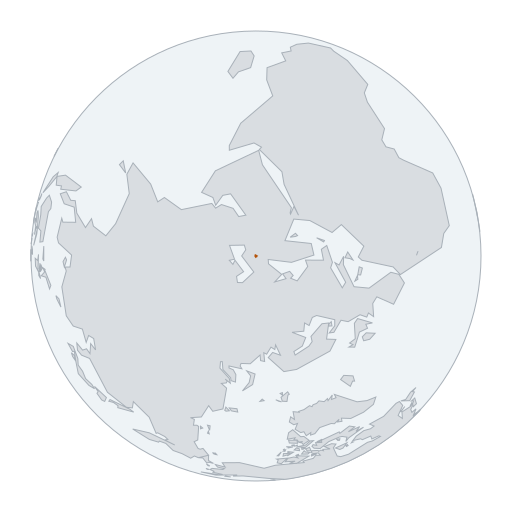 the Earth from above Gədəbəy, rotated 177°
{"feature_id": "AZE-1678", "entity_name": "Gədəbəy", "entity_type": "District", "adm_level": 1, "iso_a3": "AZE", "parent_name": "Azerbaijan", "parent_adm1": "", "projection": "orthographic", "projection_center": [45.628, 40.56], "detail": "fine", "context": "on_globe", "style": "filled", "palette": "amber", "viewbox_px": 512, "rotation_deg": 177, "n_neighbors": 0, "source": "natural_earth", "source_scale": "10m", "svg_char_len": 10978}
<svg xmlns="http://www.w3.org/2000/svg" viewBox="0 0 512 512"><g transform="rotate(177 256 256)"><circle cx="256" cy="256" r="225" fill="#eef3f6" stroke="#a8b0b8"/><path d="M226.3,32.7L226.5,32.7L234.2,31.8L238.8,31.5L255.4,33.3L280.2,37.0L290.4,37.4L286.3,38.3L307.4,39.3L322.4,43.3L303.9,39.4L300.8,39.6L310.3,42.3L309.2,43.2L313.1,45.2L310.9,46.2L300.3,44.5L298.7,45.3L305.4,47.2L307.5,49.9L297.8,46.8L300.5,51.3L283.2,50.5L259.0,43.6L247.8,46.0L218.7,47.2L219.8,48.7L209.4,50.9L206.8,53.8L202.2,53.7L204.1,56.1L208.9,55.7L211.3,56.8L210.2,58.6L204.1,58.6L203.7,57.7L201.4,58.7L198.8,58.0L199.4,59.4L192.1,59.5L197.7,62.1L190.4,64.6L186.0,64.0L188.8,60.4L185.4,52.0L181.8,51.2L174.0,53.2L154.4,64.1L149.5,65.2L141.2,69.3L142.8,70.0L149.9,67.2L150.8,70.2L159.4,67.0L161.1,68.0L169.0,66.6L165.3,70.9L157.4,76.0L150.6,77.5L147.0,80.0L151.4,82.2L136.9,89.2L123.9,101.5L120.4,103.2L117.3,99.1L122.4,89.3L118.3,86.1L118.4,92.6L109.7,97.6L107.2,100.5L106.2,103.1L108.4,103.0L104.9,105.9L103.5,100.1L106.7,97.3L107.1,99.0L109.5,94.7L108.5,91.7L104.2,95.0L107.2,88.7L104.2,91.1L103.1,91.4L107.8,87.8L99.5,94.5L100.8,92.7L114.1,81.0L128.2,70.5L143.2,61.0L158.8,52.8L175.0,45.8L191.8,40.1L208.9,35.7L226.3,32.7ZM31.1,268.6L31.7,275.8L34.6,295.5L36.4,306.0L36.5,306.6L33.0,287.7L31.1,268.6ZM234.7,31.7L241.1,31.3L234.4,31.8L229.6,32.3L234.7,31.7ZM253.4,31.4L250.0,31.6L248.3,31.1L250.8,31.1L253.4,31.4ZM298.0,37.8L292.8,36.7L298.3,37.6L298.0,37.8ZM314.0,45.3L315.8,45.5L317.1,46.5L314.0,45.3ZM170.5,64.5L169.7,65.5L168.6,65.2L170.5,64.5ZM174.6,63.0L173.9,61.9L175.7,61.0L176.1,61.8L174.6,63.0ZM314.9,49.1L316.4,51.0L313.1,48.7L314.9,49.1ZM175.0,64.7L179.1,59.7L182.4,58.4L186.7,60.1L175.0,64.7ZM316.0,51.9L319.7,57.1L324.1,57.6L313.8,59.5L314.1,54.2L309.3,51.1L313.9,52.5L316.0,51.9ZM210.9,54.8L205.7,55.3L211.0,53.4L210.9,54.8ZM213.6,53.4L226.4,46.7L233.4,47.2L227.7,49.1L237.6,48.9L234.7,52.3L228.7,53.3L224.7,52.2L226.6,54.4L213.6,53.4ZM307.5,60.0L306.8,61.2L305.5,59.6L307.5,60.0ZM212.7,57.0L214.6,55.5L220.9,55.8L218.1,59.0L217.0,57.8L212.7,57.0ZM241.6,47.3L245.7,48.3L244.5,51.3L246.0,52.1L235.3,52.5L241.6,47.3ZM215.0,58.7L216.5,60.6L212.6,62.2L211.2,58.6L215.0,58.7ZM223.6,54.6L226.5,54.9L224.0,55.7L223.6,54.6ZM199.5,69.6L201.7,67.4L205.1,67.3L199.5,69.6ZM217.4,61.3L218.7,60.7L220.3,60.5L220.5,62.2L217.4,61.3ZM235.2,54.7L233.9,55.9L239.5,54.7L238.9,57.2L231.8,57.1L234.6,58.2L234.4,59.0L228.9,58.1L235.2,54.7ZM225.4,63.3L216.3,64.6L211.5,68.5L208.3,68.6L216.6,62.3L225.4,63.3ZM228.0,60.3L225.7,62.2L222.9,61.2L222.7,59.3L228.0,60.3ZM241.0,59.0L243.8,55.2L245.2,55.4L241.0,59.0ZM224.6,64.6L226.8,64.3L224.6,65.0L224.6,64.6ZM236.6,60.9L237.3,59.4L239.0,59.7L236.6,60.9ZM230.6,65.1L227.7,65.4L227.4,64.1L230.6,65.1ZM233.8,63.3L235.8,64.0L229.1,63.4L233.9,62.6L233.8,63.3ZM238.0,61.3L239.2,61.0L237.4,61.9L238.0,61.3ZM233.1,70.3L224.8,69.9L224.3,66.8L232.5,67.5L233.1,70.3ZM67.7,314.1L61.4,276.2L67.3,268.7L70.4,254.8L112.8,229.9L119.6,237.9L150.4,246.2L153.9,249.7L147.8,260.2L169.1,282.9L178.8,275.5L200.4,288.6L216.3,290.9L226.3,269.8L200.2,265.6L198.1,253.9L220.9,247.8L244.0,251.9L243.9,247.5L231.3,236.3L238.7,229.1L227.2,231.8L230.3,236.8L223.2,238.9L219.9,234.6L222.6,232.0L216.2,229.0L204.9,242.8L206.8,249.3L188.8,248.3L190.4,259.3L184.8,262.8L180.0,245.7L182.1,240.3L171.5,219.7L167.8,225.1L177.5,245.2L173.5,242.7L168.5,251.1L169.2,242.8L159.7,220.2L144.8,218.0L122.2,232.7L114.3,230.2L109.2,221.3L121.1,200.6L137.5,208.9L141.9,202.5L141.7,189.3L146.7,193.2L148.6,189.2L155.2,191.9L167.4,185.6L174.5,187.4L182.2,175.7L186.9,175.3L181.0,182.2L180.7,188.3L198.6,193.4L203.0,191.7L206.6,183.8L211.0,186.6L212.2,178.4L224.0,177.9L210.6,172.0L214.5,163.6L223.2,158.6L222.1,155.0L207.9,163.2L204.4,167.6L205.3,172.8L193.7,184.9L186.9,185.3L189.9,169.3L180.6,168.5L187.1,157.2L221.4,140.6L234.2,139.1L249.1,153.9L244.4,158.8L236.7,155.6L241.1,166.2L242.1,161.6L245.8,164.2L250.5,157.4L253.3,159.0L252.9,150.2L256.9,151.3L257.1,156.9L267.4,148.7L276.6,149.5L277.6,147.0L276.0,144.1L288.7,147.6L288.8,145.6L284.7,143.6L282.3,138.6L283.1,131.2L287.4,132.8L287.7,135.7L295.0,144.4L295.2,152.3L297.0,152.3L297.9,145.9L289.1,135.1L288.3,130.3L293.2,134.7L291.3,132.7L292.3,130.8L297.3,130.6L292.3,125.6L297.0,105.0L307.3,103.2L311.1,109.0L319.0,98.1L329.9,98.0L326.1,96.1L327.3,90.3L323.9,90.1L322.2,88.8L323.8,75.3L327.5,73.8L323.9,66.8L321.9,66.0L319.0,66.6L313.8,59.5L324.1,57.6L328.0,59.5L331.8,57.5L340.2,62.5L348.9,66.1L355.9,73.6L362.2,76.2L363.0,75.2L372.1,78.4L388.2,89.7L371.8,85.0L347.0,71.5L356.8,77.1L353.6,77.4L356.5,80.5L363.5,84.6L365.0,84.1L371.1,100.6L386.1,117.0L387.4,110.8L393.3,111.7L411.5,127.7L427.5,162.4L435.4,166.1L439.2,171.3L439.5,178.5L434.1,171.1L430.1,172.2L426.9,167.2L425.7,177.2L421.1,170.6L422.4,182.1L427.3,185.4L430.1,178.6L433.2,192.1L442.2,195.6L448.6,206.2L451.5,235.3L446.3,250.9L447.2,255.0L442.3,254.7L440.1,266.6L452.5,279.4L453.6,285.2L448.0,303.9L447.1,299.9L434.3,299.1L435.0,314.3L444.8,318.2L448.2,328.4L442.0,330.1L438.1,321.3L433.6,320.7L432.7,308.2L424.8,293.3L418.3,301.9L416.8,294.3L404.9,284.0L394.5,295.6L379.3,324.9L380.7,344.4L373.9,355.4L357.4,333.3L351.3,315.2L344.4,319.2L328.1,306.2L297.4,310.8L293.8,305.9L287.8,309.2L276.4,304.8L271.2,296.3L264.0,297.3L278.1,319.4L286.0,318.3L293.6,308.8L296.0,316.7L307.0,322.4L292.1,343.2L247.8,361.4L244.8,346.7L218.1,302.4L219.6,297.6L219.6,297.0L219.3,296.0L215.5,303.6L211.4,294.5L224.2,326.1L225.7,338.8L247.1,362.2L244.8,364.4L252.1,369.0L277.1,363.0L276.9,367.7L264.3,389.4L230.9,415.0L236.1,431.3L235.1,443.5L216.1,449.3L219.7,457.5L210.2,458.9L210.8,462.7L204.2,465.3L192.5,465.9L170.6,459.8L167.7,456.5L154.5,446.4L135.4,421.5L139.3,413.2L136.7,403.8L121.0,376.5L124.3,365.4L120.5,358.2L112.4,355.6L108.2,346.7L103.5,343.9L75.2,329.7L67.7,314.1ZM95.7,248.3L94.0,252.2L94.0,252.3L95.7,248.3ZM267.1,267.5L281.9,268.0L277.6,253.9L282.9,253.1L279.5,248.8L277.2,252.9L269.2,241.0L276.5,236.7L275.9,230.5L270.9,230.1L259.0,240.1L270.3,256.8L265.9,262.7L267.1,267.5ZM109.8,97.9L109.8,98.5L108.1,101.4L107.5,100.6L109.8,97.9ZM108.8,111.9L103.1,116.3L106.8,112.4L104.9,111.9L110.1,103.5L119.0,103.7L114.0,104.9L108.8,111.9ZM119.6,93.0L115.3,97.9L119.7,92.6L119.6,93.0ZM152.9,165.7L154.1,169.7L150.0,173.5L141.1,172.6L146.8,166.9L152.9,165.7ZM156.7,174.6L162.2,159.8L168.0,160.2L163.8,162.4L167.1,164.2L161.2,168.2L161.3,183.6L157.8,188.2L143.2,183.1L149.9,182.1L148.4,178.0L156.7,174.6ZM166.1,126.0L168.6,120.9L178.0,128.2L174.6,132.2L165.4,131.2L164.1,125.9L166.1,126.0ZM181.8,69.1L182.2,67.6L183.9,67.5L185.0,68.7L181.8,69.1ZM200.3,68.6L182.1,76.0L181.6,74.5L171.6,81.3L166.3,80.2L172.9,75.7L161.4,80.2L165.3,75.7L157.6,79.4L173.0,69.5L176.0,66.1L174.6,70.3L179.4,71.3L182.4,70.8L193.1,66.8L202.0,60.4L208.1,61.0L210.1,63.0L208.9,64.6L205.3,63.7L206.3,66.5L200.1,66.4L200.3,68.6ZM229.8,93.6L226.1,90.7L227.1,98.6L221.0,97.7L221.5,98.6L216.1,100.1L210.4,103.7L207.9,102.6L206.8,104.5L203.2,105.6L200.7,108.0L195.5,107.0L192.1,109.9L191.6,107.8L187.1,113.2L188.1,108.8L183.5,110.3L185.0,113.7L162.7,105.1L152.7,105.8L143.7,108.9L146.5,101.7L156.7,94.4L169.9,88.8L179.2,89.6L178.8,86.4L183.1,86.0L181.6,88.6L186.5,84.4L189.7,84.8L201.4,81.3L206.5,75.5L210.9,74.3L210.5,76.8L215.2,73.9L217.4,78.0L220.6,77.3L226.0,80.9L223.3,86.6L227.1,85.5L231.4,88.5L229.8,93.6ZM234.4,71.4L232.7,77.8L228.4,80.6L220.8,73.2L217.6,73.3L212.6,69.1L218.8,65.3L219.7,66.8L222.0,67.4L219.1,68.3L223.1,68.0L224.4,70.1L227.9,70.5L226.4,72.4L234.4,71.4ZM159.3,246.9L162.3,248.5L167.2,249.6L164.2,255.2L159.3,246.9ZM152.5,231.6L155.4,231.9L153.5,239.8L150.4,238.4L152.5,231.6ZM158.6,225.7L155.7,231.3L155.5,227.4L158.6,225.7ZM183.8,182.2L187.1,182.2L186.8,184.2L184.3,186.5L183.8,182.2ZM231.5,118.7L230.0,116.2L231.4,115.4L232.7,109.1L237.3,109.6L238.4,113.6L231.5,118.7ZM220.9,273.0L215.4,276.6L213.4,274.2L215.7,273.4L220.9,273.0ZM187.7,266.5L194.5,271.0L186.8,267.9L187.7,266.5ZM236.8,118.2L236.8,115.5L239.1,117.5L236.8,118.2ZM240.8,109.7L243.8,111.4L238.1,109.0L240.8,109.7ZM274.4,441.8L261.2,461.0L250.3,461.0L247.4,455.9L251.5,444.4L263.9,440.8L269.7,434.7L274.4,441.8ZM468.8,325.8L470.5,322.6L470.2,323.5L468.8,325.8ZM467.3,327.3L469.5,323.0L466.5,329.7L467.3,327.3ZM470.3,321.4L472.6,315.3L473.6,312.0L473.1,314.0L470.3,321.4ZM465.5,330.3L454.3,345.8L449.2,349.7L450.9,345.5L459.1,336.5L465.5,330.3ZM450.5,345.9L442.0,346.7L426.9,334.0L432.4,330.4L447.5,332.9L446.6,336.2L451.8,337.2L450.5,345.9ZM468.8,308.3L467.9,316.7L462.1,324.8L459.2,327.5L457.3,320.5L458.4,314.1L461.0,311.1L468.1,281.5L471.1,281.2L469.5,292.3L471.8,295.2L468.8,308.3ZM381.8,345.7L387.6,354.4L383.6,358.0L381.8,345.7ZM469.0,264.2L467.4,277.0L468.2,262.1L469.0,264.2ZM468.2,251.8L469.3,255.3L467.3,253.7L468.2,251.8ZM449.0,260.5L446.4,264.7L445.4,262.0L448.0,255.0L449.0,260.5ZM453.5,215.2L457.1,223.4L457.9,226.9L455.0,223.5L453.5,215.2ZM276.6,122.0L269.5,129.9L267.6,136.6L271.3,141.8L263.1,138.2L266.1,127.8L276.6,122.0ZM294.0,106.7L290.7,102.8L294.1,102.6L295.3,103.5L294.0,106.7ZM290.7,105.7L283.0,104.5L282.4,101.1L288.6,102.6L290.7,105.7ZM259.7,110.6L257.3,112.8L255.5,111.1L259.7,110.6ZM448.0,373.9L449.2,371.9L452.6,366.0L448.0,373.9ZM472.7,316.8L475.7,305.5L476.5,301.9L472.7,316.8ZM480.5,274.5L480.6,273.7L481.0,267.5L480.4,271.8L481.2,262.5L481.2,263.6L480.5,274.5ZM478.4,287.3L478.2,289.6L477.8,290.0L478.4,287.3ZM479.1,283.6L480.0,279.7L478.8,285.8L479.1,283.6ZM473.1,294.3L473.8,297.3L476.1,289.0L474.4,297.4L475.2,301.5L474.4,305.6L473.7,300.9L472.4,310.7L471.3,312.9L471.3,306.8L472.8,295.4L473.8,289.4L477.5,278.2L473.1,294.3ZM479.3,277.9L478.9,273.9L479.1,269.1L479.6,270.3L479.3,277.9ZM476.6,265.3L474.3,262.9L473.1,269.0L474.5,252.6L476.7,257.5L476.6,265.3ZM473.1,254.6L472.1,260.2L472.5,251.4L473.1,254.6ZM471.3,258.9L470.1,254.8L471.5,252.7L471.3,258.9ZM473.8,253.0L472.3,244.7L473.9,247.8L473.8,253.0ZM466.9,245.8L471.5,247.5L467.3,251.8L462.4,237.4L463.9,233.9L466.9,245.8ZM445.4,169.1L442.4,165.9L442.4,162.0L444.4,165.3L445.4,169.1ZM439.6,147.8L441.4,160.0L442.4,170.4L444.2,170.2L448.3,178.6L443.2,175.3L439.3,163.0L439.3,156.4L435.2,150.0L432.6,142.5L426.7,136.4L424.2,131.9L429.6,135.5L439.6,147.8ZM424.1,134.2L412.8,122.5L414.7,118.7L417.6,120.3L422.0,127.2L420.7,128.8L424.1,134.2ZM410.6,118.7L409.3,120.3L389.9,109.5L386.3,106.5L402.0,111.8L401.6,113.7L406.0,117.2L410.6,118.7ZM309.3,61.7L307.1,61.2L308.9,60.7L309.3,61.7ZM320.3,88.9L318.2,87.0L320.4,86.3L320.3,88.9ZM313.7,81.6L312.7,83.7L312.0,80.8L313.7,81.6ZM310.7,88.8L311.4,84.3L313.3,89.6L310.7,88.8Z" fill="#d9dde1" stroke="#a8b0b8" stroke-width="1"/><path d="M255.2,255.6L255.3,255.4L255.6,255.3L255.7,255.5L255.8,255.5L256.0,255.8L256.2,255.7L256.3,255.5L256.3,255.3L256.2,255.1L256.3,255.0L256.5,255.4L256.7,255.5L256.8,255.6L256.8,255.8L256.8,256.0L256.6,256.1L256.6,256.4L256.6,256.5L256.7,256.8L256.6,257.0L255.9,256.6L255.7,256.5L255.6,256.3L255.6,256.2L255.4,255.9L255.2,255.7L255.2,255.6ZM255.7,255.8L255.8,255.8L255.8,255.7L255.7,255.6L255.5,255.8L255.7,255.8Z" fill="#f59e0b" stroke="#b45309" stroke-width="1.5"/></g></svg>